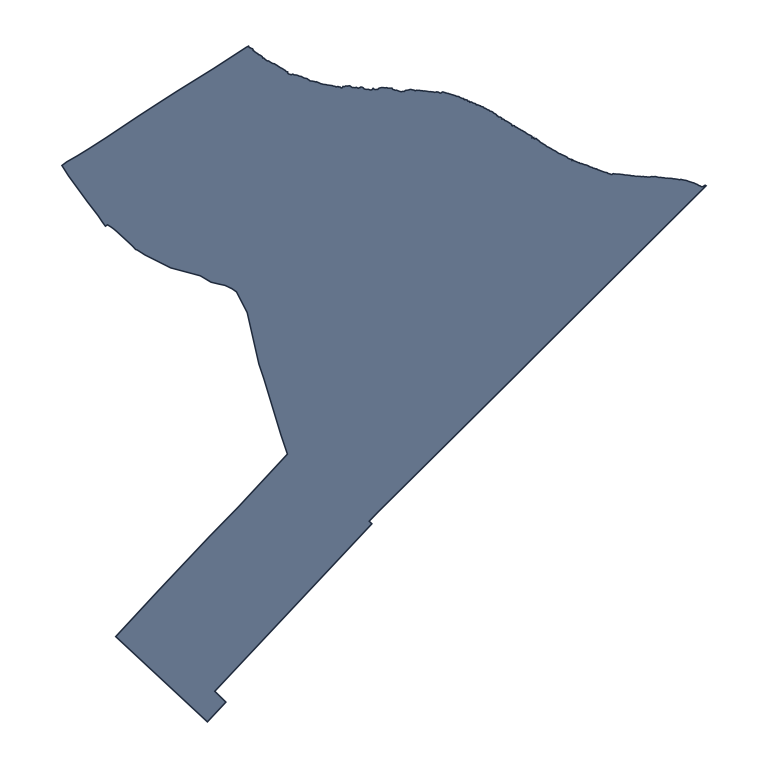 outline of Berazategui, Buenos Aires, Argentina
{"feature_id": "61730980B8978802386403", "entity_name": "Berazategui", "entity_type": "district", "adm_level": 2, "iso_a3": "ARG", "parent_name": "Argentina", "parent_adm1": "Buenos Aires", "projection": "orthographic", "projection_center": [-58.113, -34.844], "detail": "fine", "context": "isolated", "style": "filled", "palette": "slate", "viewbox_px": 768, "rotation_deg": 0, "n_neighbors": 0, "source": "geoboundaries", "source_scale": "gbopen_adm2", "svg_char_len": 5903}
<svg xmlns="http://www.w3.org/2000/svg" viewBox="0 0 768 768"><path d="M706.1,185.8L705.2,185.2L704.2,185.6L703.9,186.0L703.1,186.6L701.3,186.7L700.2,185.9L698.5,185.4L697.7,184.6L695.4,183.7L693.7,182.8L693.3,182.8L691.8,182.4L690.9,182.0L690.1,181.9L689.3,181.5L688.5,181.4L687.6,180.9L685.8,180.3L685.1,180.3L681.7,179.6L681.0,179.3L680.5,179.4L680.1,179.7L679.6,179.8L677.7,179.3L674.3,178.8L673.6,178.9L672.0,178.4L670.6,178.3L668.2,178.3L667.4,178.1L665.9,178.3L663.9,177.7L662.4,177.7L660.4,177.3L659.0,177.5L655.5,176.5L653.1,176.7L651.6,176.5L649.6,177.1L648.4,177.0L647.6,177.1L646.3,176.7L644.7,176.9L643.5,176.4L641.2,176.7L640.2,176.3L638.8,176.4L637.7,176.2L636.5,176.4L635.4,176.3L633.3,175.7L632.6,175.9L631.7,175.7L631.0,175.8L630.6,175.5L630.1,175.3L628.7,175.3L627.0,175.0L625.5,175.1L622.4,174.4L621.2,174.4L619.5,174.1L616.3,174.1L615.2,173.9L614.6,174.0L613.4,173.6L612.7,173.9L612.5,174.2L612.0,174.5L611.0,174.5L610.5,174.1L609.2,173.8L608.6,173.5L607.8,173.4L607.2,172.7L606.5,172.5L604.9,172.3L600.0,170.5L599.5,170.2L598.2,169.9L597.5,169.5L596.8,168.9L596.3,168.8L596.0,169.0L594.3,168.3L593.3,168.2L592.6,167.8L592.2,167.4L591.0,167.2L588.9,166.4L588.8,166.0L587.9,165.7L587.0,165.2L585.5,164.8L584.8,164.8L581.6,163.5L580.3,163.5L579.8,163.3L579.3,162.7L578.5,162.7L575.4,161.3L573.9,160.8L572.5,159.7L572.2,159.6L571.9,160.3L571.5,159.6L571.1,159.2L570.3,159.3L569.2,158.7L568.8,158.7L567.9,158.2L567.4,157.4L565.4,156.2L561.5,154.5L560.3,153.8L559.2,153.6L558.7,153.4L555.3,150.9L554.3,150.6L554.1,150.4L552.6,149.7L550.8,148.4L550.0,148.1L548.7,147.3L547.0,146.7L545.4,145.2L544.3,144.5L543.5,144.2L542.9,143.8L542.7,143.4L542.0,143.2L540.9,142.6L539.6,141.5L539.0,140.8L538.6,140.4L537.3,139.7L536.7,138.9L536.3,138.5L535.7,138.4L535.3,138.6L535.0,138.9L534.4,138.9L533.6,138.2L533.8,137.5L532.7,137.5L532.0,137.9L531.9,137.2L532.1,136.8L532.0,136.4L531.2,135.8L530.5,135.4L528.1,134.4L526.7,133.5L524.9,132.0L524.0,131.6L523.7,131.6L523.3,131.3L522.7,130.7L522.0,130.4L521.7,130.4L520.7,129.9L520.2,129.4L518.4,128.6L518.0,128.3L517.5,127.8L516.6,127.4L516.2,127.1L515.8,126.9L515.4,127.0L515.1,126.8L514.4,125.7L512.8,125.5L512.2,125.9L511.8,125.5L511.7,124.6L511.5,124.2L507.4,121.6L506.0,120.9L504.6,120.4L504.3,119.8L504.0,119.5L503.2,119.1L502.6,119.0L501.9,119.1L501.8,118.3L501.6,117.9L500.1,117.0L499.7,117.0L498.9,117.0L498.4,116.9L497.6,115.8L496.9,115.7L496.4,114.6L495.0,113.7L493.7,113.1L492.7,112.0L491.5,111.4L489.9,111.1L489.2,110.3L488.8,110.0L487.5,109.7L485.4,108.3L484.8,108.3L484.3,108.1L484.0,107.9L483.5,107.1L483.1,106.9L481.3,106.5L480.8,106.3L480.5,105.8L479.7,105.7L478.6,105.1L477.4,104.9L477.1,104.7L476.4,104.9L476.1,104.7L475.9,104.1L475.4,103.6L473.2,103.1L471.6,102.0L470.9,101.9L470.3,102.2L470.0,102.4L469.7,102.3L469.5,101.5L469.3,101.3L469.0,101.1L468.1,101.3L467.8,101.2L467.3,100.1L466.9,99.9L465.8,99.8L464.7,99.3L464.4,99.7L463.8,99.3L463.5,98.7L463.3,98.4L462.0,98.4L461.1,97.9L459.5,97.2L459.1,96.7L458.8,96.5L458.1,96.5L457.2,96.3L456.6,96.4L455.9,95.9L455.6,95.9L454.9,95.4L454.0,95.4L453.7,95.1L451.4,94.5L450.1,94.0L449.4,94.0L448.5,93.4L447.3,93.4L446.6,93.0L445.7,93.0L445.0,92.5L444.5,92.5L443.3,92.0L442.5,91.9L442.1,92.1L441.3,92.8L440.3,93.2L437.9,91.9L437.2,92.1L436.7,91.8L435.9,92.2L434.9,92.2L434.5,92.4L433.2,91.9L431.4,91.8L430.7,91.6L429.3,91.7L426.0,91.1L424.1,90.9L423.5,91.1L422.4,90.7L420.2,90.6L419.6,90.3L417.3,90.4L416.9,90.2L416.2,90.3L415.7,90.7L414.9,90.7L414.1,90.1L412.2,89.8L411.0,89.4L410.1,89.4L408.8,89.9L407.4,90.2L405.7,90.3L405.2,90.6L404.2,91.5L402.8,91.3L401.6,91.7L400.9,91.7L398.8,91.1L397.0,90.3L396.4,90.1L395.5,90.3L395.0,90.3L394.5,89.9L392.8,89.4L392.4,88.9L392.0,88.1L387.7,88.2L387.4,87.9L386.7,87.6L385.1,87.9L383.6,87.6L381.7,87.5L379.2,88.1L378.5,88.5L377.8,89.4L377.2,89.5L376.4,89.4L375.5,89.6L374.3,89.4L373.3,88.3L373.0,88.3L372.1,89.6L371.4,89.9L370.2,90.0L368.5,89.3L366.1,89.4L364.5,89.0L364.0,88.7L363.4,87.9L362.2,87.2L361.2,87.0L360.7,87.0L360.3,87.2L360.2,87.6L359.1,87.8L358.4,88.3L357.7,88.1L356.5,87.3L356.0,87.3L355.6,87.6L355.1,87.7L353.4,87.5L352.9,87.5L352.5,87.6L352.0,87.4L350.7,86.4L350.3,86.2L349.8,85.7L348.9,85.9L347.9,85.9L347.5,86.2L345.8,85.9L344.3,86.7L343.0,86.4L342.3,87.7L341.2,88.0L340.2,87.0L339.0,86.9L338.4,86.6L338.2,86.8L337.6,86.5L336.1,87.0L334.8,86.2L333.5,86.2L332.4,85.6L328.4,85.1L327.5,85.1L326.2,84.6L322.9,84.3L322.0,83.9L321.0,83.8L319.0,82.8L318.5,82.7L317.6,82.1L317.2,82.2L316.3,81.7L315.8,82.0L313.8,81.3L313.3,81.4L312.5,81.1L310.7,81.0L309.9,80.8L308.7,79.7L308.1,79.5L307.5,78.9L306.8,78.5L304.3,78.1L302.0,76.9L301.6,76.5L299.1,76.1L297.8,75.4L296.4,75.0L294.1,74.9L293.1,74.2L292.6,74.1L291.1,74.8L290.3,74.4L288.7,74.0L288.1,73.6L287.7,73.0L287.7,72.5L287.8,72.1L287.7,71.8L286.9,71.7L286.1,71.4L285.7,71.1L285.3,70.4L284.5,70.1L283.8,69.5L281.7,68.2L280.4,67.7L279.0,66.7L278.6,66.6L277.5,65.6L277.0,65.4L276.6,65.0L276.1,64.9L274.4,63.7L272.7,63.5L270.6,62.3L268.9,61.1L268.5,60.9L267.3,60.9L265.9,60.0L265.5,59.5L264.8,59.2L264.5,58.6L264.3,58.4L263.3,57.9L262.9,58.1L262.6,57.7L262.2,56.6L261.3,55.9L259.7,54.9L258.7,54.7L258.2,54.4L258.0,53.8L257.6,53.5L256.4,53.0L255.8,52.4L254.8,51.8L253.9,50.9L253.1,50.5L253.1,49.6L252.5,48.7L251.3,48.4L250.6,47.9L249.3,47.5L248.6,46.1L246.4,47.2L213.9,68.3L177.0,91.2L158.0,103.4L138.4,116.1L106.2,137.6L89.2,148.5L77.5,155.7L66.8,161.8L61.9,165.5L68.5,175.9L87.4,201.8L98.1,215.7L102.3,222.0L105.4,226.2L107.5,224.8L111.0,227.0L113.4,228.7L116.6,231.4L131.7,245.3L133.0,246.6L135.6,249.5L137.2,250.0L145.0,255.0L170.7,267.9L200.3,275.8L211.0,282.2L218.9,284.1L225.0,285.4L231.9,288.7L236.5,291.9L247.2,312.6L258.9,364.1L263.9,378.9L280.9,434.9L287.4,454.1L238.0,507.3L209.6,536.3L158.8,590.1L115.7,636.6L207.4,721.9L225.9,702.1L214.8,691.3L371.9,523.8L369.2,521.2L378.4,511.7L517.6,373.6L533.8,357.3L706.1,185.8Z" fill="#64748b" stroke="#1e293b" stroke-width="1.5"/></svg>